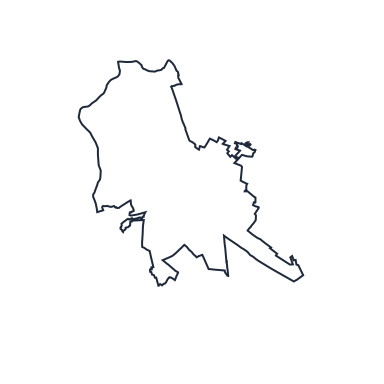 Craiova, Dolj, Romania (Robinson projection), rotated 34°
{"feature_id": "2599482B2601766067029", "entity_name": "Craiova", "entity_type": "district", "adm_level": 2, "iso_a3": "ROU", "parent_name": "Romania", "parent_adm1": "Dolj", "projection": "robinson", "projection_center": [23.801, 44.323], "detail": "fine", "context": "isolated", "style": "outline", "palette": "slate", "viewbox_px": 384, "rotation_deg": 34, "n_neighbors": 0, "source": "geoboundaries", "source_scale": "gbopen_adm2", "svg_char_len": 5997}
<svg xmlns="http://www.w3.org/2000/svg" viewBox="0 0 384 384"><g transform="rotate(34 192 192)"><path d="M248.9,246.6L251.2,245.2L252.9,244.4L263.0,238.8L263.8,239.7L264.6,240.2L265.5,240.6L266.4,240.9L268.1,241.6L268.9,241.3L265.3,236.9L263.4,234.9L261.4,232.4L259.8,230.9L260.1,230.7L259.4,229.8L259.1,230.0L253.0,222.5L250.9,219.9L248.1,216.8L242.9,210.3L246.6,210.5L259.3,210.5L264.0,210.7L266.3,210.5L270.3,210.5L271.8,210.7L275.4,211.7L276.2,211.8L278.0,211.5L279.0,211.5L282.8,211.9L285.8,211.9L297.0,211.4L305.0,210.9L326.5,209.2L327.4,207.2L327.9,206.5L330.7,198.8L321.0,193.2L319.2,193.8L315.9,190.4L314.6,191.7L310.8,189.1L310.1,191.2L316.1,195.6L313.8,197.4L297.1,197.8L297.1,195.6L288.1,195.0L288.5,193.8L281.0,193.5L277.0,193.2L275.5,192.9L273.3,193.3L271.3,193.5L265.8,193.4L259.7,192.9L259.7,190.6L259.7,190.4L259.8,190.1L260.2,188.3L260.1,186.8L260.5,183.6L260.6,179.8L260.4,179.5L259.4,177.7L258.1,175.7L257.5,175.3L256.3,175.1L256.3,173.4L256.2,167.8L255.6,167.7L255.4,167.4L252.4,168.4L249.9,168.7L249.1,165.9L250.4,165.3L250.3,165.0L247.7,161.1L245.4,161.2L237.2,160.3L236.7,161.0L236.3,161.4L236.1,161.4L235.3,162.0L235.2,161.8L235.6,159.4L234.4,157.9L233.8,156.7L233.4,156.2L233.2,155.4L233.2,154.4L228.2,155.2L227.1,155.2L226.0,155.4L223.3,150.4L219.4,143.2L218.2,142.8L217.7,142.8L211.0,144.3L212.7,133.2L216.7,132.0L218.5,131.2L221.8,129.3L222.1,129.1L222.2,128.7L222.1,128.2L221.1,125.7L221.7,124.2L221.1,121.7L220.1,121.9L219.3,123.0L218.6,123.2L217.3,123.1L212.5,123.3L213.0,122.3L213.8,121.0L213.6,120.9L213.9,120.3L213.9,119.9L212.9,119.7L212.7,120.9L212.3,120.9L212.3,121.6L211.6,121.5L211.6,120.9L211.1,120.8L210.9,121.2L210.5,121.0L210.6,119.4L210.3,119.6L210.2,120.1L209.6,120.5L209.2,121.7L212.0,122.7L211.8,123.7L208.6,123.7L205.7,123.9L205.9,124.8L202.9,125.6L200.0,126.3L200.3,127.6L202.6,126.9L203.2,128.3L204.0,128.2L204.3,129.1L204.6,129.0L204.9,130.3L204.2,130.5L204.3,130.9L203.6,131.0L204.0,132.2L208.7,130.8L208.7,131.1L207.6,138.4L207.6,138.5L207.9,138.5L211.9,137.6L211.5,140.0L204.5,139.1L204.1,141.4L201.1,140.6L199.6,140.1L199.8,137.7L197.4,137.4L197.4,132.9L191.1,134.9L190.6,134.9L191.3,130.9L188.9,131.1L183.8,131.7L184.0,132.6L184.7,134.6L184.6,136.9L181.1,137.1L177.0,137.7L177.0,139.3L177.3,143.2L177.4,148.1L176.9,148.4L172.9,149.4L172.9,149.5L173.0,150.0L173.8,151.9L174.1,153.0L172.4,153.1L169.4,152.9L169.0,151.8L168.4,151.4L168.3,150.9L167.9,150.7L166.9,150.6L165.9,150.6L165.2,150.4L162.0,150.8L161.3,150.8L160.6,150.5L151.4,143.7L151.0,142.9L150.2,142.3L148.6,141.3L146.4,139.8L145.6,139.6L144.6,138.6L143.6,138.0L141.5,136.2L140.6,135.2L127.4,124.8L118.1,117.8L115.8,116.3L115.9,115.7L116.8,115.1L117.3,114.3L118.1,113.8L118.4,113.0L119.3,111.5L121.2,109.7L122.6,108.9L123.0,108.4L117.5,105.3L116.9,105.1L116.4,104.4L115.5,103.5L115.4,103.3L115.7,102.6L115.0,101.9L114.4,101.8L113.7,100.6L113.1,100.3L112.0,100.1L111.5,100.2L107.0,97.3L103.7,96.1L99.9,95.5L98.8,96.0L98.6,97.5L99.4,104.7L99.1,105.0L98.7,105.7L98.4,106.5L98.4,107.4L98.3,107.8L96.6,109.7L95.6,110.4L94.3,112.4L93.8,113.0L90.0,115.2L88.7,115.8L86.2,116.4L84.9,116.4L83.8,116.8L82.6,117.0L81.2,116.5L80.0,115.9L79.4,115.1L76.3,114.6L74.7,114.5L73.5,114.5L72.5,114.7L71.6,115.4L70.2,117.0L68.5,118.4L65.3,120.7L59.2,124.2L57.9,125.4L61.9,129.7L64.5,131.8L66.0,134.9L66.0,136.5L65.8,137.8L65.3,139.0L63.0,142.6L62.1,144.4L61.6,146.9L61.6,151.0L62.7,153.7L63.5,158.2L63.6,159.8L62.7,162.2L62.3,163.7L61.8,166.5L61.4,169.4L59.4,174.6L58.9,177.1L58.0,179.2L54.8,182.0L54.0,183.0L53.3,185.2L53.3,186.1L54.3,188.9L56.2,193.3L59.5,195.7L63.0,197.4L69.9,198.9L74.2,199.6L78.4,201.9L84.4,204.8L89.5,208.3L93.0,213.5L99.6,221.9L104.4,225.3L107.8,231.0L108.7,233.1L108.7,236.8L109.7,239.9L110.4,243.0L111.4,246.8L111.5,249.3L111.9,250.1L112.7,251.2L115.8,253.3L118.8,255.5L122.4,259.1L124.7,261.7L128.6,256.8L126.3,255.2L125.9,254.5L126.1,253.3L127.9,252.4L129.7,250.8L131.3,250.5L133.3,249.5L133.6,249.3L135.2,247.2L137.2,247.7L137.5,247.0L138.2,247.1L138.9,247.1L139.4,246.8L140.5,245.7L140.6,245.1L140.9,244.2L143.7,237.6L145.7,233.3L145.8,233.2L146.4,233.9L147.2,235.0L148.5,236.5L150.0,237.4L150.5,237.6L152.4,238.5L154.0,239.8L154.3,240.4L154.2,240.6L153.0,242.0L153.1,242.6L153.0,242.9L151.9,243.4L151.9,243.8L152.2,244.4L153.1,246.1L154.6,245.7L159.3,241.2L164.6,235.0L164.6,235.6L165.0,237.3L165.3,238.5L165.8,239.6L164.9,240.1L165.2,241.0L165.1,241.3L165.6,242.2L165.3,242.6L165.2,242.8L165.0,243.1L164.7,243.0L164.1,242.5L163.9,242.5L163.5,242.0L163.3,242.0L162.0,243.4L162.2,243.5L162.1,243.8L157.8,247.9L156.9,247.3L156.3,248.1L155.1,250.0L154.1,249.9L153.7,250.3L153.3,251.5L151.7,256.1L151.3,257.8L152.4,258.9L152.4,259.2L152.6,259.5L152.6,261.2L153.1,261.2L153.3,262.5L154.8,262.7L155.2,262.6L156.3,263.6L157.2,263.7L156.9,263.0L156.9,262.4L157.7,260.2L157.7,259.9L156.9,259.0L156.9,258.8L157.3,258.3L158.5,257.1L158.9,256.3L159.0,255.0L159.3,255.0L159.4,254.8L158.8,253.3L157.6,251.5L157.8,251.3L157.5,250.8L158.5,250.1L158.0,249.5L167.7,242.2L170.5,247.9L174.4,254.1L175.8,256.6L177.1,258.7L178.9,261.9L179.6,262.8L181.4,265.4L183.6,265.0L186.5,265.1L189.9,264.6L194.5,269.0L201.9,275.8L200.8,276.8L201.1,277.1L200.8,277.3L201.6,277.9L201.1,278.4L201.6,278.9L200.6,279.7L201.1,280.8L201.7,281.1L202.1,281.6L203.0,281.1L205.1,282.8L206.8,282.2L209.3,283.8L210.2,283.0L216.6,288.5L216.8,288.3L216.9,286.4L217.2,286.1L219.3,286.2L219.4,285.4L219.6,285.2L219.8,284.1L220.8,283.0L220.8,282.4L221.0,281.5L220.6,278.6L220.7,276.4L220.9,276.2L221.1,275.9L220.8,275.7L221.0,275.4L221.2,275.1L221.4,275.0L222.7,274.6L225.2,274.5L225.7,274.6L227.1,274.6L226.0,269.6L225.8,268.0L225.8,267.3L225.4,266.4L222.3,266.6L212.4,265.4L211.9,265.5L205.8,264.9L209.9,258.6L211.4,256.0L212.0,254.4L212.6,252.2L213.4,248.9L213.6,247.4L214.3,244.7L215.2,240.1L218.4,240.4L222.1,241.6L225.3,241.9L227.9,242.8L230.0,243.1L231.4,243.2L232.2,243.6L232.6,242.9L233.1,242.4L233.2,242.1L233.2,241.8L233.6,241.2L235.7,238.3L248.9,246.6Z" fill="none" stroke="#1e293b" stroke-width="2"/></g></svg>